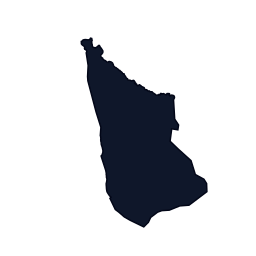 Rashaant, Hövsgöl, Mongolia, rotated 56°
{"feature_id": "93677404B8615424997314", "entity_name": "Rashaant", "entity_type": "district", "adm_level": 2, "iso_a3": "MNG", "parent_name": "Mongolia", "parent_adm1": "Hövsgöl", "projection": "robinson", "projection_center": [100.984, 49.181], "detail": "fine", "context": "isolated", "style": "filled", "palette": "ink", "viewbox_px": 256, "rotation_deg": 56, "n_neighbors": 0, "source": "geoboundaries", "source_scale": "gbopen_adm2", "svg_char_len": 5089}
<svg xmlns="http://www.w3.org/2000/svg" viewBox="0 0 256 256"><g transform="rotate(56 128 128)"><path d="M226.1,120.6L224.9,98.2L218.0,93.9L212.9,93.7L204.2,98.2L190.3,94.0L173.7,98.1L162.5,100.5L153.1,92.2L157.4,87.7L153.8,84.4L146.8,84.3L146.7,84.3L130.1,74.5L128.9,72.5L128.3,72.3L128.2,72.3L128.1,72.1L127.8,72.0L127.4,72.0L127.1,71.9L126.7,72.0L126.4,72.2L126.2,72.4L125.8,72.7L125.3,73.2L125.1,73.4L124.9,74.2L124.9,74.3L125.0,74.3L125.0,74.5L124.9,74.9L124.9,75.1L124.5,75.4L124.2,75.4L124.4,75.2L124.6,75.1L124.8,74.9L124.7,74.8L124.3,75.0L124.2,75.0L123.7,74.9L123.4,74.7L123.2,74.6L122.8,74.5L122.7,74.5L122.4,74.7L121.9,75.5L121.3,76.3L121.3,76.5L121.4,76.8L121.7,77.0L121.9,77.2L122.0,77.3L122.0,77.5L121.9,77.6L121.6,77.8L121.3,78.3L121.0,78.4L120.2,78.8L119.9,79.0L119.3,79.4L119.3,79.6L119.3,79.8L119.2,79.9L119.0,80.1L119.1,80.5L118.8,80.7L118.6,80.8L118.3,80.9L118.1,81.2L117.9,81.3L117.7,81.4L117.7,81.6L117.8,81.8L118.2,81.8L118.5,81.9L118.6,82.2L118.6,82.6L118.4,82.8L117.9,82.9L117.8,83.1L117.7,83.3L117.6,83.5L117.9,83.6L118.0,83.7L118.1,83.9L118.1,84.2L118.1,84.4L117.7,84.6L117.4,84.7L117.2,85.0L117.0,85.3L117.0,85.5L116.9,85.9L116.6,86.2L116.3,86.4L116.0,86.5L115.7,86.5L115.4,86.5L115.2,86.6L115.2,86.8L114.8,87.1L114.2,87.0L113.3,87.4L112.5,87.7L111.8,87.7L111.7,87.7L111.4,87.9L111.1,88.2L110.8,88.7L110.5,89.0L110.4,89.2L110.2,89.4L109.2,89.6L109.0,90.1L108.8,90.3L108.7,90.5L107.9,90.8L107.7,91.0L107.1,91.0L106.7,91.1L106.5,91.3L106.3,91.6L106.1,91.8L105.8,92.4L105.5,92.5L105.2,92.5L105.0,92.4L104.7,92.4L104.0,92.1L103.5,92.1L103.3,92.2L102.9,92.4L102.7,92.7L102.4,92.8L102.0,93.0L101.7,93.2L101.4,93.5L101.1,93.5L100.4,93.6L100.0,93.7L99.3,94.0L98.8,94.2L98.6,94.3L98.5,94.5L98.5,94.9L98.5,95.2L98.4,95.5L98.4,95.8L98.5,96.0L98.4,96.4L98.3,96.5L97.1,96.5L96.7,96.7L96.4,97.0L96.1,97.1L95.7,97.2L95.9,97.0L96.2,96.9L96.4,96.8L96.5,96.6L96.4,96.4L95.7,96.6L95.4,96.6L95.2,96.5L94.9,96.6L94.4,96.7L94.2,96.7L93.8,96.5L92.4,96.5L91.9,96.6L91.7,96.7L91.5,96.9L91.4,97.2L91.3,97.5L91.2,97.9L91.1,98.1L91.1,98.7L91.0,98.8L90.6,99.0L90.2,99.2L89.8,99.4L89.3,99.8L89.1,100.2L88.8,100.6L88.6,100.9L88.3,101.1L87.8,101.1L87.4,101.0L87.2,100.9L86.8,100.9L86.4,101.2L85.9,101.3L85.6,101.4L85.0,101.4L84.3,101.3L83.8,101.2L83.3,101.3L82.0,101.3L81.4,101.2L81.0,101.1L80.8,101.0L80.7,101.1L80.6,101.4L80.5,101.6L80.2,101.7L80.0,101.9L79.7,102.0L79.2,101.9L78.7,101.9L77.7,102.1L77.2,102.3L76.9,102.5L76.7,102.6L76.2,102.6L75.9,102.5L75.7,102.6L75.4,102.9L75.1,103.1L74.9,103.2L74.5,103.2L74.3,103.3L73.9,103.4L73.4,103.4L73.0,103.6L72.5,103.9L71.5,104.1L71.2,104.2L71.1,104.3L70.8,104.6L70.5,104.8L70.0,104.9L68.9,105.2L68.5,105.2L67.9,105.0L67.4,104.8L66.2,104.6L65.8,104.5L65.3,104.5L64.1,104.9L63.9,105.0L63.4,105.4L62.7,106.0L62.4,106.3L62.3,106.5L62.2,106.8L62.2,107.0L62.3,107.4L62.2,107.6L62.1,107.9L61.9,108.2L61.7,108.4L61.1,108.7L60.8,108.8L60.5,108.8L60.2,108.9L59.6,109.1L59.4,109.2L59.0,109.4L58.6,109.7L57.9,110.0L57.7,110.1L57.4,110.2L56.9,110.1L56.7,110.2L56.2,110.3L56.2,110.2L55.8,110.0L55.4,110.2L55.1,110.3L54.6,110.5L54.3,110.6L54.0,110.6L53.7,110.6L53.4,110.5L53.1,110.3L52.6,110.0L52.3,109.6L52.1,109.2L52.0,108.1L51.7,107.7L51.6,107.1L51.4,106.8L51.2,106.6L50.9,106.3L50.6,106.1L50.1,105.8L49.8,105.7L49.6,105.7L49.0,105.7L47.0,105.6L46.7,105.6L46.3,105.7L46.1,105.8L45.7,105.8L44.9,105.7L44.6,105.7L44.3,105.6L44.0,105.6L43.6,105.6L43.4,105.7L43.3,105.8L43.2,106.0L43.3,106.6L43.3,107.6L43.5,108.0L43.5,108.4L43.4,108.9L43.4,109.0L43.5,109.8L43.5,110.0L43.3,110.4L43.2,110.5L43.0,110.4L42.9,110.5L42.7,110.7L42.6,110.9L42.3,111.2L41.9,111.5L41.7,111.7L41.5,111.8L41.0,111.9L40.6,111.8L39.9,111.6L39.0,111.2L38.6,110.9L38.2,110.9L37.9,110.8L37.7,110.8L37.5,110.7L37.3,110.4L37.2,110.4L36.9,110.3L36.6,110.2L36.2,110.1L36.1,109.9L36.0,109.7L35.8,109.4L35.6,109.1L35.4,108.8L35.1,108.7L34.8,108.5L34.2,108.4L33.8,108.3L33.5,108.0L33.0,108.4L32.9,108.5L32.6,108.7L32.6,108.8L32.6,109.0L32.8,109.3L32.9,109.6L33.0,109.7L33.1,109.9L33.2,110.3L33.1,110.6L33.1,110.8L33.0,111.1L32.9,111.4L32.7,111.6L32.3,112.2L32.0,112.5L31.4,113.2L31.0,113.7L30.8,113.9L30.7,114.1L30.4,114.7L30.1,115.4L30.1,115.6L29.9,116.1L30.0,116.5L30.2,116.9L30.3,117.0L30.2,117.2L30.2,117.5L30.2,118.0L30.1,118.3L32.2,119.6L33.6,119.5L34.9,119.0L35.7,118.7L36.7,118.7L37.2,119.1L37.5,119.5L38.6,119.8L39.5,119.1L41.6,119.3L42.3,120.6L53.9,126.1L62.8,132.8L66.5,134.9L96.9,145.5L112.3,150.1L118.8,155.2L119.5,155.4L120.6,155.9L121.8,156.6L122.6,157.3L123.0,157.5L123.4,157.6L123.7,157.9L124.7,158.2L125.1,158.4L125.2,158.5L126.8,159.4L129.4,160.1L132.7,161.4L134.2,162.5L135.1,163.7L135.9,164.7L136.0,165.7L136.3,166.0L150.8,170.2L152.6,171.0L153.5,171.4L154.4,172.1L155.4,172.5L156.9,173.5L158.0,173.8L158.8,174.2L160.1,175.3L161.1,176.3L161.8,177.1L163.0,177.9L164.1,178.5L166.5,179.9L168.4,180.8L169.4,181.1L171.7,181.2L173.8,181.2L175.8,180.8L176.2,182.3L188.5,184.1L192.5,182.7L199.6,180.8L205.7,177.8L218.8,170.2L217.9,165.7L217.6,163.9L214.8,159.2L214.3,150.6L215.4,146.2L219.2,139.7L221.5,128.7L226.1,120.6Z" fill="#0f172a" stroke="#020617" stroke-width="1.5"/></g></svg>